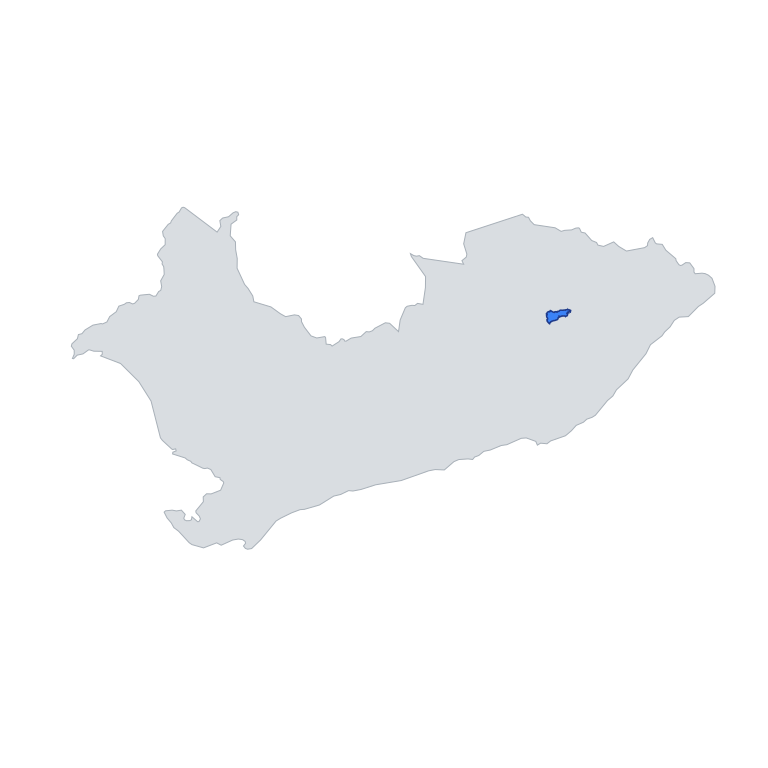 location of Paruro, Cusco, Peru, rotated 278°
{"feature_id": "86281439B31235431009642", "entity_name": "Paruro", "entity_type": "district", "adm_level": 2, "iso_a3": "PER", "parent_name": "Peru", "parent_adm1": "Cusco", "projection": "natural_earth1", "projection_center": [-71.904, -13.936], "detail": "fine", "context": "in_parent", "style": "filled", "palette": "blue", "viewbox_px": 768, "rotation_deg": 278, "n_neighbors": 0, "source": "geoboundaries", "source_scale": "gbopen_adm2", "svg_char_len": 7606}
<svg xmlns="http://www.w3.org/2000/svg" viewBox="0 0 768 768"><g transform="rotate(278 384 384)"><path d="M534.0,213.2L533.8,215.4L531.4,216.5L529.2,214.9L525.9,215.4L521.0,210.3L509.3,211.1L504.1,217.1L496.3,218.4L487.8,221.2L478.2,222.4L463.2,232.1L459.7,236.1L452.9,241.8L447.3,243.7L444.6,261.3L439.2,271.5L437.0,277.2L440.0,285.7L439.9,289.9L436.9,293.2L434.3,293.6L429.2,297.2L421.5,305.0L420.2,311.0L422.7,318.8L421.8,319.7L415.4,321.2L415.6,325.6L414.3,327.3L419.7,333.6L422.7,335.1L422.9,336.7L422.3,338.3L421.1,339.0L421.1,340.4L424.9,345.1L427.8,354.5L433.4,359.1L433.5,362.1L435.1,365.1L438.0,367.3L444.8,376.8L444.9,381.1L437.9,391.1L449.6,391.1L462.4,394.5L464.2,396.1L465.8,400.7L466.0,403.6L468.5,406.0L468.3,411.5L485.2,411.6L496.2,410.2L514.0,393.4L516.8,392.0L515.3,395.7L515.1,398.3L516.0,401.2L513.9,405.3L513.7,446.2L517.0,444.0L521.1,447.8L524.1,448.0L533.9,443.4L545.2,444.1L571.4,497.5L569.1,501.1L569.2,503.9L566.0,506.2L562.7,510.5L562.5,531.7L559.8,538.2L561.3,541.5L562.7,548.3L565.1,552.3L565.7,554.9L565.4,555.9L561.8,558.2L561.5,562.1L555.0,569.7L553.7,574.8L551.3,576.5L550.8,582.3L556.7,591.7L552.9,597.3L549.4,605.6L555.3,623.1L557.7,625.7L560.3,625.5L564.2,627.0L566.3,629.7L561.5,633.0L560.7,634.4L561.0,640.1L555.7,644.5L548.7,655.5L546.8,656.1L543.2,659.4L542.6,661.1L543.2,662.6L546.2,665.9L546.5,669.9L541.4,674.9L537.9,675.4L536.5,676.8L538.0,683.5L538.0,686.6L536.9,690.2L534.3,694.1L526.8,698.2L519.9,698.9L508.3,688.8L504.6,684.6L493.1,676.0L491.3,667.0L487.4,662.6L480.3,659.3L474.6,654.7L470.4,652.6L460.0,642.4L450.4,639.2L432.6,628.5L423.0,625.0L410.6,615.0L404.0,612.3L398.7,607.6L382.5,597.7L379.9,594.6L377.4,589.7L373.9,586.8L369.8,580.1L363.8,576.1L358.0,570.9L350.8,556.9L347.5,553.7L347.2,547.3L344.8,544.4L348.3,542.3L350.4,532.4L349.3,527.4L341.0,514.1L339.4,508.6L333.4,498.4L331.2,492.2L326.4,487.8L324.3,483.9L321.6,482.3L321.5,477.6L319.6,468.6L316.9,464.1L307.3,455.7L306.4,446.6L304.2,440.2L290.8,414.5L283.0,389.7L276.4,376.0L273.7,368.1L273.5,363.8L268.6,356.5L266.0,349.8L255.2,336.9L248.8,322.6L247.9,318.4L243.6,310.5L236.7,300.3L233.3,296.2L212.4,283.5L202.6,275.8L201.4,271.9L201.9,269.6L204.0,267.4L207.0,269.1L208.8,268.4L210.2,265.6L210.2,261.3L208.4,255.8L201.7,245.2L203.4,240.4L196.6,228.1L198.2,216.2L199.7,213.2L209.7,201.0L212.5,195.9L216.8,192.7L221.2,187.8L226.5,184.1L228.0,185.3L229.6,191.8L229.4,196.1L230.9,200.9L227.2,205.3L223.2,204.4L221.7,205.4L221.1,207.5L221.7,210.8L222.8,212.2L225.8,212.3L221.7,218.6L222.0,219.9L224.9,221.0L227.5,219.4L230.4,215.8L232.1,215.3L242.3,221.5L247.0,220.7L250.6,223.6L251.1,228.1L256.1,237.0L263.7,239.1L265.0,238.4L266.7,235.1L268.4,234.6L268.7,229.7L275.2,224.4L276.2,220.8L275.3,218.3L275.4,216.3L279.2,204.6L280.5,203.5L281.6,199.7L283.1,197.4L285.3,184.4L287.1,184.4L288.8,187.5L290.8,186.7L289.7,183.8L290.1,182.8L297.3,172.4L299.6,170.1L334.7,155.7L352.2,140.9L367.6,120.3L372.4,99.4L374.2,100.9L377.1,100.4L376.1,92.0L376.8,87.9L376.7,86.7L371.9,81.7L369.9,76.2L365.8,73.1L365.9,71.9L370.4,73.1L374.4,72.5L377.9,69.1L380.4,69.4L386.2,74.1L390.4,74.5L391.8,77.9L395.9,80.4L401.8,87.6L404.5,95.4L404.3,96.9L406.9,101.0L412.6,103.0L418.3,108.8L424.2,110.6L426.8,115.8L428.5,117.5L429.3,120.5L428.3,124.0L429.2,125.8L433.6,129.0L437.3,129.1L438.1,130.5L440.2,139.2L438.8,143.5L439.4,145.9L444.2,148.0L445.7,149.9L449.5,150.3L455.1,148.5L461.9,151.1L467.1,150.1L469.6,149.5L472.0,147.5L474.1,147.6L479.5,142.1L481.0,141.6L486.7,144.1L491.5,147.9L497.5,147.1L500.0,144.8L504.3,143.5L512.1,148.1L513.8,150.3L515.9,150.7L524.3,155.4L525.8,157.2L530.2,159.0L531.1,160.5L530.8,162.2L511.2,197.6L517.3,200.5L522.9,198.7L525.9,201.1L528.0,206.8L532.5,210.7L534.0,213.2Z" fill="#d9dde1" stroke="#a8b0b8" stroke-width="1"/><path d="M479.8,538.7L479.7,538.7L479.6,538.4L479.4,538.2L479.3,538.3L479.1,538.3L479.1,538.2L478.8,537.8L478.7,537.8L478.8,537.6L478.7,537.4L478.7,537.2L478.5,536.9L478.5,536.7L478.3,536.4L478.0,536.2L477.9,536.1L477.8,535.9L477.7,535.8L477.4,535.8L477.1,535.6L476.8,535.4L476.7,535.4L476.4,535.3L476.4,535.2L476.2,535.1L476.1,535.3L475.9,535.3L476.0,535.4L476.0,535.5L475.9,535.6L475.8,535.8L475.7,535.8L475.6,535.7L475.5,535.8L475.4,535.7L475.2,535.9L474.9,535.8L474.9,535.7L474.7,535.6L474.4,535.7L474.2,535.7L473.9,535.6L473.7,535.6L473.4,535.8L473.0,535.8L472.9,535.9L472.8,536.0L472.6,536.2L472.5,536.3L472.4,536.5L472.2,536.7L472.0,536.8L471.9,536.7L471.7,536.8L471.4,536.9L471.2,536.9L471.0,537.0L470.8,536.9L470.7,536.9L470.4,536.6L470.3,536.4L470.2,536.4L470.1,536.5L469.9,536.6L469.7,536.8L469.3,536.9L469.2,536.8L468.9,537.0L468.7,537.0L468.5,537.3L468.4,537.4L468.2,537.5L468.0,537.9L467.9,538.0L467.7,538.3L467.5,538.5L467.4,538.5L467.2,538.8L467.2,539.0L466.9,539.2L466.9,539.3L466.8,539.5L467.0,539.5L467.4,539.6L467.5,539.7L467.7,539.9L467.8,539.9L467.9,540.1L468.0,540.1L468.1,540.3L468.3,540.3L468.6,540.3L468.8,540.4L468.9,540.6L469.0,540.8L469.1,541.0L469.3,541.5L469.7,541.6L469.8,541.7L469.8,541.9L469.8,542.0L470.0,542.4L470.0,542.5L470.1,542.8L470.2,543.0L470.3,543.0L470.5,543.3L470.5,543.7L470.5,543.9L470.5,544.0L470.7,544.5L470.9,544.8L471.0,545.0L471.3,545.3L471.3,545.6L471.4,545.8L471.6,546.2L471.8,546.3L471.9,546.6L472.0,546.7L472.0,546.8L472.3,547.0L472.5,547.1L472.8,547.1L473.0,547.2L473.2,547.3L473.3,547.3L473.6,547.3L473.8,547.2L474.1,547.3L474.3,547.5L474.5,547.6L474.6,547.9L474.7,548.0L474.8,548.2L474.9,548.3L474.8,548.5L474.7,548.6L474.9,548.8L475.0,548.8L475.2,548.7L475.4,548.5L475.5,548.4L475.5,548.5L475.5,548.8L475.4,549.0L475.3,549.3L475.4,549.5L475.5,549.6L475.6,550.1L475.9,550.3L476.0,550.4L476.1,550.6L476.1,550.8L476.3,551.1L476.3,551.3L476.2,551.4L476.3,551.5L476.3,551.8L476.3,552.2L476.3,552.4L476.4,552.7L476.5,552.8L476.4,552.9L476.4,553.1L476.4,553.5L476.5,553.6L476.5,553.8L476.4,554.0L476.3,554.3L476.1,554.4L476.2,554.5L476.4,554.6L476.5,554.6L476.6,555.1L476.9,555.3L477.0,555.5L477.0,555.8L477.3,556.0L477.5,556.0L477.9,556.1L478.0,556.0L478.3,556.0L478.6,556.1L478.8,555.9L479.1,555.9L479.2,556.0L479.4,555.5L479.4,555.3L479.5,555.3L479.9,555.6L480.1,555.7L480.4,555.7L480.6,555.7L480.8,556.0L480.9,556.3L480.8,556.5L481.0,556.4L481.1,556.6L481.0,556.8L481.2,557.1L481.2,557.3L481.3,557.4L481.3,557.6L481.3,557.8L481.2,557.9L480.9,558.0L480.7,558.0L480.9,558.1L481.0,558.2L481.1,558.3L481.1,558.5L481.3,558.5L481.4,558.4L481.5,558.3L481.6,558.2L481.7,558.3L481.9,558.3L482.1,558.4L482.2,558.5L482.4,558.7L482.6,558.7L482.8,558.6L482.8,558.4L483.0,558.2L483.0,557.9L482.9,557.8L482.9,557.6L483.0,557.5L482.8,557.4L483.0,557.3L483.0,557.0L483.1,556.9L483.1,556.6L483.2,556.4L483.2,556.2L483.2,555.9L483.3,555.8L483.2,555.8L483.1,555.6L483.1,555.4L483.1,555.1L483.1,554.9L483.0,554.6L483.0,554.4L483.0,554.2L482.9,554.0L482.9,553.9L482.8,553.7L482.6,553.5L482.4,553.4L482.5,553.1L482.4,552.9L482.4,552.6L482.3,552.0L482.2,551.8L482.1,551.5L482.1,551.3L482.0,551.2L481.9,551.1L481.9,550.7L481.9,550.4L481.8,550.0L481.8,549.8L481.8,549.7L481.8,549.4L481.7,549.1L481.7,548.8L481.7,548.7L481.6,548.3L481.6,548.2L481.3,547.9L481.2,547.7L480.8,547.4L480.7,547.4L480.5,547.2L480.2,547.0L480.2,546.9L480.2,546.7L480.2,546.4L480.1,546.2L480.1,545.9L480.0,545.7L479.9,545.7L479.7,545.6L479.4,545.6L479.2,545.3L479.3,544.9L479.3,544.7L479.5,544.7L479.4,544.3L479.5,544.2L479.5,543.9L479.4,543.8L479.4,543.5L479.3,543.4L479.3,543.2L479.2,543.1L479.1,542.9L478.9,542.8L478.7,542.8L478.5,542.6L478.6,542.2L478.7,541.7L478.8,541.3L478.9,541.2L478.9,540.9L479.1,540.7L479.1,540.4L479.3,540.0L479.3,539.8L479.5,539.7L479.7,539.3L479.7,539.0L479.8,538.7Z" fill="#3b82f6" stroke="#1e3a8a" stroke-width="1.5"/></g></svg>